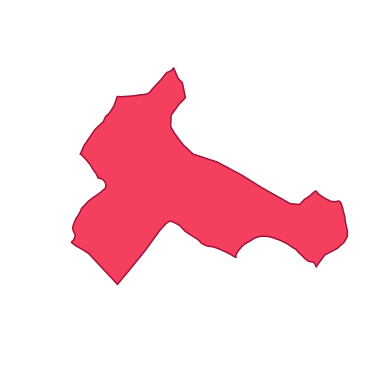 the district of Lawdar, Abyan, Yemen, rotated 65°
{"feature_id": "15242507B88557001231936", "entity_name": "Lawdar", "entity_type": "district", "adm_level": 2, "iso_a3": "YEM", "parent_name": "Yemen", "parent_adm1": "Abyan", "projection": "robinson", "projection_center": [45.821, 13.812], "detail": "fine", "context": "isolated", "style": "filled", "palette": "rose", "viewbox_px": 384, "rotation_deg": 65, "n_neighbors": 0, "source": "geoboundaries", "source_scale": "gbopen_adm2", "svg_char_len": 5773}
<svg xmlns="http://www.w3.org/2000/svg" viewBox="0 0 384 384"><g transform="rotate(65 192 192)"><path d="M73.9,219.4L80.2,225.6L81.1,226.5L84.3,231.5L85.2,233.0L85.4,233.2L87.1,238.4L90.8,242.7L94.4,253.6L104.6,270.7L110.6,277.3L111.3,276.5L112.2,276.2L113.0,276.0L114.0,275.7L114.8,275.5L115.7,275.1L116.8,274.7L117.8,274.4L118.7,274.2L119.6,273.9L120.4,273.6L121.3,273.5L122.2,273.2L123.1,273.0L124.0,272.7L124.9,272.6L125.8,272.5L126.7,272.5L127.5,272.4L128.6,272.3L129.5,272.2L130.5,272.0L131.5,271.8L132.3,271.5L133.2,271.5L134.1,271.3L135.1,271.1L136.1,271.1L137.0,271.1L138.0,271.2L138.9,271.2L139.7,271.1L140.4,270.4L140.9,269.7L141.4,268.9L142.2,268.2L143.0,267.7L143.8,267.3L144.7,267.0L145.6,266.8L146.5,266.7L147.5,266.7L148.4,266.8L149.2,267.1L150.1,267.6L151.0,268.1L151.7,268.7L152.1,269.6L152.4,270.6L152.7,271.6L153.0,272.8L153.3,273.7L153.6,274.7L153.8,275.8L154.0,276.7L154.3,277.7L154.4,278.7L154.6,279.8L154.8,280.8L155.0,282.0L155.1,283.1L155.2,284.1L155.5,285.0L155.7,285.9L155.9,286.9L156.2,287.9L156.3,288.9L156.6,289.9L156.9,290.9L157.4,291.7L157.8,292.6L158.2,293.6L158.4,294.5L158.8,295.4L159.2,296.4L159.5,297.3L159.8,298.3L160.3,299.0L160.9,299.9L161.6,300.5L162.3,301.3L162.9,302.1L163.4,302.9L164.1,303.7L164.6,304.4L165.2,305.1L165.7,306.0L166.1,306.8L166.6,307.7L167.2,308.5L167.8,309.2L168.5,310.0L169.0,310.7L169.7,311.5L170.4,312.1L171.0,312.8L171.7,313.4L172.4,314.1L173.1,314.6L173.9,315.0L174.6,315.5L175.5,315.7L176.4,316.0L177.3,316.0L178.3,316.0L179.2,316.0L180.2,315.9L181.1,316.0L182.0,316.2L182.8,316.8L183.5,317.4L184.1,318.2L184.8,318.9L185.4,319.6L185.7,320.5L186.1,321.5L186.4,322.4L187.3,322.3L188.2,322.0L188.9,321.5L190.0,320.9L190.8,320.5L191.7,320.0L192.5,319.5L193.2,319.0L193.9,318.5L194.7,317.9L195.4,317.3L196.3,316.8L197.0,316.2L197.9,315.5L198.8,315.0L199.7,314.4L200.7,313.8L201.5,313.3L202.4,312.8L203.2,312.2L204.0,311.7L244.2,298.6L236.9,283.0L236.5,282.3L227.8,264.3L225.0,258.6L213.2,237.4L209.5,228.6L209.0,224.4L210.0,222.9L212.0,221.1L217.3,217.2L218.3,216.8L219.3,216.6L220.2,216.3L221.2,216.0L222.0,215.7L222.9,215.4L223.7,215.1L224.6,214.8L225.4,214.4L226.5,213.6L227.4,213.2L228.2,212.7L229.0,212.3L229.7,211.8L230.5,211.3L231.2,210.7L232.1,210.2L233.1,209.6L233.8,209.1L234.6,208.6L235.3,208.1L236.1,207.6L236.9,207.2L237.9,206.7L238.8,206.3L239.7,205.9L240.5,205.6L241.3,205.4L242.2,205.2L242.4,205.1L246.3,202.2L248.4,199.7L248.9,198.7L249.5,197.8L250.0,197.0L250.6,196.2L251.3,195.4L252.1,194.5L252.7,193.8L253.4,193.2L254.2,192.4L254.9,191.7L255.5,191.1L256.3,190.5L257.0,189.8L257.7,189.2L258.6,188.5L259.5,187.7L260.2,187.1L260.9,186.5L261.7,185.8L262.4,185.3L263.1,184.7L263.9,184.1L264.8,183.5L265.7,182.8L266.4,182.3L267.3,181.8L268.1,181.3L268.9,180.7L269.6,180.0L269.8,179.7L269.7,179.6L269.2,179.5L269.1,179.4L267.7,178.8L267.1,178.2L266.3,177.2L265.0,175.1L264.1,173.3L263.3,171.4L263.2,171.3L262.7,170.2L262.3,169.4L262.0,168.3L261.8,167.3L261.5,166.3L261.4,165.4L261.3,164.3L261.2,163.3L261.1,162.2L261.0,161.2L261.0,160.0L260.9,159.0L260.7,158.0L260.5,156.9L260.4,155.9L260.4,154.7L260.4,153.7L260.5,152.5L260.6,151.6L260.7,150.6L260.9,149.7L261.2,148.6L261.6,147.5L262.0,146.6L262.4,145.7L262.8,144.9L263.4,143.8L263.9,143.0L264.4,142.0L265.0,141.2L265.6,140.4L266.4,139.3L267.2,138.5L267.8,137.8L268.5,137.1L269.4,136.3L270.1,135.6L270.7,134.9L271.5,134.0L272.3,133.2L273.1,132.5L273.8,131.9L274.8,131.1L275.6,130.4L276.4,129.8L277.0,129.2L278.0,128.5L278.9,127.8L279.9,127.2L280.7,126.6L281.6,126.1L282.5,125.6L283.4,125.1L284.3,124.5L285.1,124.0L285.9,123.5L286.7,123.0L287.7,122.4L287.8,122.0L288.3,121.9L289.2,121.7L290.1,121.4L290.9,121.1L291.8,120.9L292.8,120.5L293.6,120.2L294.4,119.9L295.3,119.6L296.2,119.1L297.1,118.8L298.0,118.5L299.0,118.2L299.9,117.8L300.8,117.6L301.6,117.1L302.4,116.7L303.2,116.2L303.9,115.7L304.6,115.1L305.2,114.3L305.6,113.4L306.3,112.5L306.9,111.8L307.8,111.3L308.6,111.1L309.5,111.0L310.4,111.0L311.3,111.1L312.2,111.1L305.2,98.3L305.1,96.3L304.6,84.5L301.8,75.2L297.8,69.9L292.6,67.5L286.9,66.3L286.2,66.2L285.2,65.9L284.3,65.7L283.4,65.5L282.5,65.2L281.4,64.8L280.5,64.5L279.6,64.2L278.7,63.9L277.6,63.7L276.6,63.5L275.7,63.4L274.7,63.2L273.8,63.1L272.9,62.9L271.7,62.6L270.7,62.4L270.3,62.3L269.8,62.3L268.8,62.1L267.8,61.9L266.9,61.9L266.0,61.9L265.2,61.7L264.2,61.7L262.2,62.7L261.6,65.4L261.5,65.7L260.5,67.9L259.4,69.8L257.0,71.8L253.6,74.4L251.1,76.0L249.3,77.0L246.8,78.4L244.5,78.9L243.6,79.2L243.4,79.8L243.4,80.5L243.6,81.5L244.3,83.6L245.2,86.3L246.1,91.8L246.1,93.0L246.5,94.0L248.8,99.7L244.1,107.9L236.8,113.1L236.6,113.2L231.1,117.2L222.8,123.2L217.4,127.0L216.1,127.9L210.1,131.8L209.9,131.9L198.1,139.5L196.9,140.4L188.7,146.6L187.4,147.5L185.0,149.3L181.9,151.7L175.5,156.5L172.5,159.6L171.4,160.9L170.9,161.4L170.2,162.2L165.9,166.7L158.1,175.0L145.5,180.1L145.2,180.1L137.9,181.8L135.7,182.1L132.0,183.0L123.8,183.7L113.6,178.5L111.6,174.9L107.0,166.7L106.9,166.3L103.7,158.1L92.9,155.5L88.9,154.6L83.1,156.6L71.9,156.2L71.9,156.6L72.3,157.3L73.2,159.2L73.2,160.1L73.2,160.3L73.2,161.5L73.2,162.5L73.1,163.5L73.1,164.5L73.6,165.5L74.1,166.6L74.5,167.4L75.0,168.5L75.6,169.7L76.2,170.7L76.6,171.6L76.9,172.3L77.0,172.4L77.5,173.5L77.8,174.5L78.2,175.4L78.7,176.5L79.1,177.6L79.4,178.2L79.5,178.5L79.9,179.3L80.3,180.3L80.6,181.3L80.9,182.3L81.3,183.2L81.7,184.1L82.2,185.0L82.7,185.9L83.1,186.8L83.4,187.7L83.9,188.7L84.0,189.7L84.1,190.7L84.0,191.7L83.8,192.7L83.5,193.7L83.2,194.6L82.9,195.6L82.3,197.2L81.9,198.2L81.7,199.2L81.4,200.4L81.1,201.4L80.8,202.5L80.5,203.4L80.1,204.3L79.7,205.4L79.4,206.5L79.0,207.4L78.6,208.6L78.1,209.8L77.7,210.7L77.4,211.7L76.9,212.8L76.6,213.7L76.2,214.8L75.8,215.7L75.3,216.6L74.8,217.6L74.4,218.5L73.9,219.4L73.9,219.4Z" fill="#f43f5e" stroke="#9f1239" stroke-width="1.5"/></g></svg>